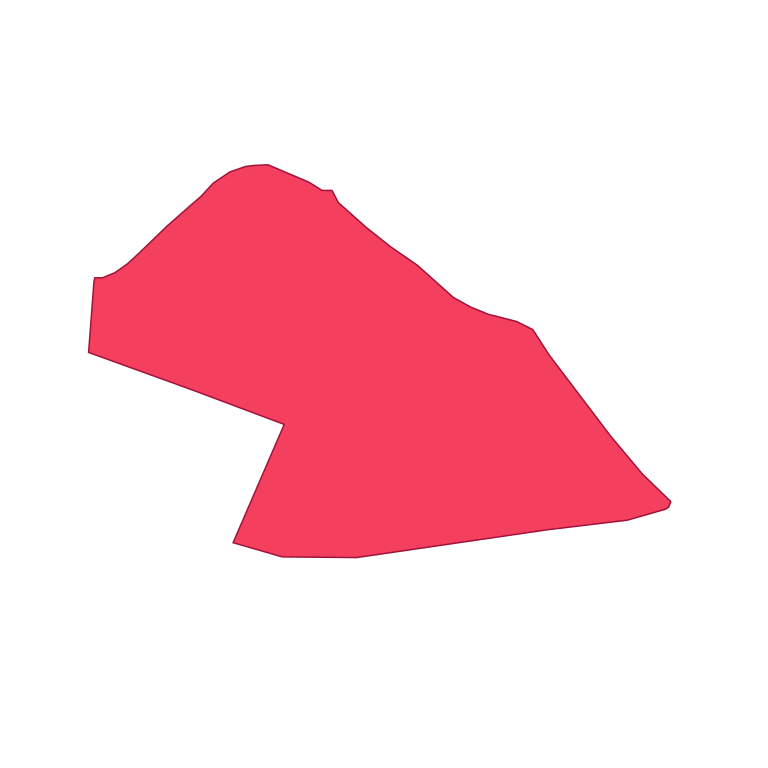 Patterson'S Gap, Castries, Saint Lucia (Natural Earth projection), rotated 192°
{"feature_id": "8701671B23690641916416", "entity_name": "Patterson'S Gap", "entity_type": "district", "adm_level": 2, "iso_a3": "LCA", "parent_name": "Saint Lucia", "parent_adm1": "Castries", "projection": "natural_earth1", "projection_center": [-60.985, 14.007], "detail": "fine", "context": "isolated", "style": "filled", "palette": "rose", "viewbox_px": 768, "rotation_deg": 192, "n_neighbors": 0, "source": "geoboundaries", "source_scale": "gbopen_adm2", "svg_char_len": 660}
<svg xmlns="http://www.w3.org/2000/svg" viewBox="0 0 768 768"><g transform="rotate(192 384 384)"><path d="M228.4,446.6L249.7,468.1L267.3,472.7L296.7,473.9L315.3,477.3L334.0,483.0L376.1,507.1L406.5,519.8L434.0,533.5L466.3,551.9L475.1,562.5L484.9,560.5L499.5,565.8L543.0,574.3L556.2,570.9L564.8,567.9L578.9,559.4L592.7,545.1L601.8,529.8L610.7,518.0L629.1,493.3L651.2,460.5L660.1,448.0L670.4,436.9L681.6,429.3L689.0,427.7L689.0,424.0L679.5,353.4L571.6,338.5L473.2,323.7L498.6,197.4L447.8,193.7L374.8,208.5L193.9,275.4L117.7,301.4L82.8,320.0L80.0,322.6L79.0,328.6L112.6,349.7L151.3,380.0L228.4,446.6Z" fill="#f43f5e" stroke="#9f1239" stroke-width="1.5"/></g></svg>